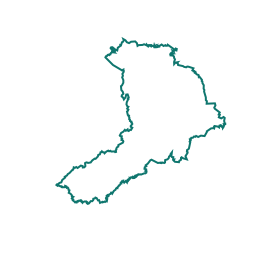 Tuxpan, Jalisco, Mexico (Natural Earth projection), rotated 44°
{"feature_id": "50627088B31771995002719", "entity_name": "Tuxpan", "entity_type": "district", "adm_level": 2, "iso_a3": "MEX", "parent_name": "Mexico", "parent_adm1": "Jalisco", "projection": "natural_earth1", "projection_center": [-103.456, 19.437], "detail": "fine", "context": "isolated", "style": "outline", "palette": "teal", "viewbox_px": 256, "rotation_deg": 44, "n_neighbors": 0, "source": "geoboundaries", "source_scale": "gbopen_adm2", "svg_char_len": 5867}
<svg xmlns="http://www.w3.org/2000/svg" viewBox="0 0 256 256"><g transform="rotate(44 128 128)"><path d="M116.1,218.7L117.6,218.5L118.0,217.5L119.3,217.2L120.3,216.3L121.1,216.0L121.4,216.6L121.8,216.4L123.8,214.3L123.0,213.3L124.3,212.8L125.6,213.5L126.0,212.7L127.0,212.8L128.1,213.8L129.2,213.5L130.4,215.8L132.3,215.2L134.4,215.4L134.9,216.0L136.3,215.6L136.0,216.5L136.5,216.6L136.6,217.7L138.0,217.5L137.9,218.1L138.3,218.4L140.5,218.2L141.2,217.7L141.6,218.2L142.9,217.2L142.7,216.5L142.2,216.7L142.4,215.6L143.3,215.3L143.2,214.2L144.4,213.6L144.1,212.9L144.6,212.5L145.8,212.7L145.9,213.4L147.2,213.4L147.0,212.8L147.8,211.0L149.0,209.8L149.8,209.7L149.6,210.2L150.6,210.7L151.8,210.5L152.3,209.3L152.0,206.5L153.1,205.5L153.1,204.1L152.2,203.0L153.1,201.6L152.9,200.7L154.1,200.2L156.7,200.9L157.4,200.0L159.9,201.3L160.9,198.9L161.5,199.0L162.3,197.1L162.9,197.1L163.2,195.7L163.7,195.5L162.5,193.7L161.8,194.3L161.2,194.0L161.4,193.3L160.8,193.2L161.0,192.1L160.6,192.4L159.7,191.6L159.9,190.3L161.0,190.1L160.6,188.9L161.6,186.6L160.8,186.2L161.6,185.2L162.1,185.5L161.5,183.0L161.9,181.0L161.4,179.9L161.5,179.0L162.2,178.6L161.6,177.7L161.7,176.6L161.3,175.8L161.7,175.3L161.6,173.5L161.1,173.0L161.6,172.5L160.8,172.0L160.7,170.7L161.4,171.1L161.5,169.6L162.0,170.1L162.4,169.6L163.2,169.9L163.2,167.8L165.0,167.9L163.7,166.1L164.3,166.7L164.9,166.3L164.6,165.4L163.8,165.4L163.9,164.5L164.7,164.4L164.6,162.7L164.0,162.5L164.4,162.2L164.3,161.6L165.1,160.5L165.1,160.9L165.7,160.8L165.4,159.8L166.3,159.7L166.3,159.3L166.9,160.0L167.3,159.6L167.5,158.6L167.0,158.6L167.3,158.0L166.9,157.9L167.3,157.2L166.6,156.7L166.9,156.1L167.7,156.4L167.5,154.2L168.2,154.1L168.8,152.9L169.7,152.5L171.3,149.1L172.0,148.6L172.2,147.4L171.5,146.4L170.4,146.8L170.4,145.6L169.8,145.1L168.2,145.9L167.3,144.6L167.7,142.7L166.6,142.5L167.0,140.0L166.5,135.7L166.9,134.5L173.8,132.4L174.7,131.2L176.1,130.3L175.9,129.8L176.7,129.5L176.8,128.9L178.4,128.0L178.6,127.1L177.0,125.2L178.2,123.1L178.2,121.4L177.4,120.1L177.4,118.3L176.7,117.0L176.5,115.1L178.9,118.3L179.8,118.4L180.8,117.5L182.3,119.3L183.1,118.5L183.5,119.7L185.2,119.7L188.4,117.2L187.7,115.8L188.2,114.1L186.8,112.6L186.9,111.8L188.5,111.6L192.1,109.7L188.9,108.3L188.1,104.4L187.5,103.9L186.8,104.1L185.8,102.8L186.2,101.4L186.0,100.3L182.6,94.9L181.9,95.0L181.6,93.1L181.4,92.9L181.2,93.8L180.4,93.2L180.7,92.9L180.3,92.1L180.6,91.6L180.4,91.0L181.4,90.0L181.4,88.2L182.5,87.6L182.5,86.4L184.7,85.7L185.8,82.8L188.7,80.6L187.5,76.1L187.0,75.6L188.0,70.7L189.5,68.7L190.3,68.5L189.8,67.6L189.0,67.4L188.8,66.5L191.6,64.6L193.0,64.3L192.6,63.9L192.9,62.9L192.2,62.6L192.7,61.5L194.1,61.9L194.1,61.4L195.0,61.2L196.2,62.1L195.9,60.5L195.3,60.3L195.3,59.2L194.2,58.7L195.2,57.6L194.9,57.3L194.2,57.9L193.9,57.2L192.2,56.1L190.6,53.6L189.1,53.7L188.4,56.3L185.9,57.2L184.9,54.8L183.9,55.3L183.2,53.1L177.0,53.8L175.9,53.4L175.2,51.0L173.4,49.9L167.7,55.9L166.1,53.9L164.7,53.9L162.7,51.9L157.4,48.9L156.5,47.6L155.1,47.2L152.8,44.6L150.4,44.0L149.2,42.9L148.4,43.0L147.7,42.0L143.2,41.4L143.2,41.9L141.9,40.9L140.4,41.6L139.3,41.7L137.8,40.9L137.5,41.8L136.7,41.2L136.0,41.6L135.8,41.1L134.3,41.8L133.6,39.6L128.9,41.9L127.9,42.7L127.7,43.9L126.0,45.0L124.5,45.3L120.3,47.9L119.0,47.0L118.0,47.3L118.0,46.2L116.7,48.0L116.8,49.9L115.3,48.5L114.1,46.0L112.6,45.6L111.3,44.6L110.0,44.7L107.4,46.8L108.6,45.4L107.1,45.5L106.9,44.7L107.9,44.4L108.7,43.3L107.4,43.8L107.0,42.1L107.4,41.7L106.8,41.5L107.9,41.2L106.9,40.3L107.4,39.5L109.0,38.6L108.2,37.3L107.2,37.7L107.4,38.1L107.0,38.9L106.1,39.4L99.0,40.5L99.4,41.0L98.7,42.0L97.6,42.3L97.7,42.8L96.9,43.3L96.6,44.3L94.2,44.6L93.6,47.0L93.9,47.5L92.0,48.2L93.3,48.7L92.9,49.4L92.3,48.8L92.4,49.4L91.5,51.1L91.2,51.2L91.3,50.7L90.7,50.2L90.6,51.5L90.3,51.4L90.3,50.6L89.4,50.2L90.0,51.2L88.2,52.1L88.1,53.2L86.7,53.3L86.6,52.7L84.9,54.4L86.0,54.7L86.0,55.3L83.8,55.6L83.2,55.2L83.2,55.9L81.4,56.6L80.8,58.1L78.1,61.0L77.8,62.3L75.5,60.8L73.1,60.7L70.3,63.8L69.8,66.2L67.6,67.1L65.2,66.7L62.9,67.3L64.1,67.9L64.5,69.5L64.1,70.5L65.5,73.4L64.9,73.7L65.5,74.2L64.9,77.3L66.4,79.7L64.6,80.4L60.7,80.7L59.8,81.8L60.0,82.6L60.6,82.7L60.5,81.8L62.3,82.4L62.9,83.4L63.1,82.5L63.9,82.9L64.6,81.9L65.4,82.1L65.4,83.0L65.9,83.0L64.2,84.3L63.6,86.0L64.2,87.3L63.6,87.8L63.8,88.6L62.9,88.9L62.6,89.6L62.9,90.6L62.3,91.8L62.7,92.9L73.5,93.1L83.6,90.7L84.0,89.5L84.3,90.0L84.6,89.5L85.2,89.9L85.1,89.4L86.0,90.9L86.4,93.0L88.1,94.0L88.6,95.6L91.4,96.8L93.2,98.7L94.1,101.6L93.9,102.8L96.8,105.3L98.9,105.5L100.9,106.6L100.8,108.7L101.5,109.7L103.3,109.5L105.2,110.3L104.9,107.6L103.5,105.2L104.4,104.1L105.3,104.5L107.2,105.5L107.1,105.9L108.1,106.7L107.7,107.3L108.3,107.7L109.2,110.3L110.5,112.1L112.6,112.9L113.5,112.5L114.0,114.7L115.5,114.5L116.0,116.0L115.8,116.8L118.9,118.8L120.1,118.4L120.5,119.3L121.6,119.4L122.7,120.8L123.5,120.6L124.5,121.6L126.0,121.0L126.5,121.8L127.4,121.6L128.3,122.1L128.6,124.8L129.2,125.2L130.9,124.8L131.5,127.3L130.8,127.6L130.6,129.7L129.7,130.0L128.7,129.3L128.4,131.5L127.0,131.5L127.2,133.9L126.5,136.3L127.3,139.1L127.9,139.2L129.3,138.3L130.2,139.8L131.2,139.7L131.6,141.1L133.1,140.5L134.0,140.9L134.5,142.1L132.9,147.0L133.9,148.1L133.5,149.5L133.8,150.8L134.6,151.5L134.6,152.4L136.0,153.5L135.5,154.3L134.6,154.2L132.3,156.6L131.2,156.6L130.6,157.9L129.5,158.0L128.8,160.0L128.7,162.5L127.6,162.2L127.0,162.8L125.5,162.9L125.8,163.7L125.1,164.5L126.1,166.5L125.3,168.0L126.1,169.4L126.1,172.0L126.1,172.7L125.3,173.2L124.8,176.1L125.1,178.7L123.5,180.9L122.2,181.4L121.6,182.5L121.5,183.1L123.8,185.0L123.9,186.6L122.9,187.8L121.8,186.9L120.2,187.8L119.5,191.8L117.9,192.0L117.5,193.5L116.3,194.0L117.2,195.3L117.4,196.5L117.1,196.6L117.2,201.1L116.7,203.1L117.1,204.4L116.4,207.0L117.2,207.3L116.8,211.1L117.8,213.4L116.8,215.2L116.9,216.6L116.0,217.9L116.1,218.7Z" fill="none" stroke="#0f766e" stroke-width="2"/></g></svg>